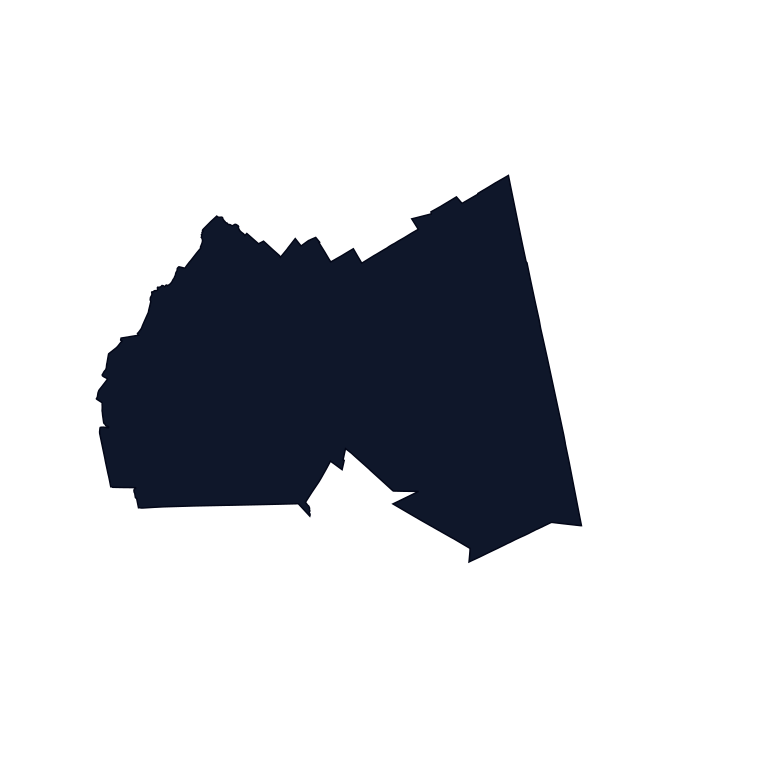 Thoi Lai, Hau Giang, Vietnam (orthographic projection), rotated 215°
{"feature_id": "81297802B52248438909521", "entity_name": "Thoi Lai", "entity_type": "district", "adm_level": 2, "iso_a3": "VNM", "parent_name": "Vietnam", "parent_adm1": "Hau Giang", "projection": "orthographic", "projection_center": [105.583, 10.024], "detail": "fine", "context": "isolated", "style": "filled", "palette": "ink", "viewbox_px": 768, "rotation_deg": 215, "n_neighbors": 0, "source": "geoboundaries", "source_scale": "gbopen_adm2", "svg_char_len": 6111}
<svg xmlns="http://www.w3.org/2000/svg" viewBox="0 0 768 768"><g transform="rotate(215 384 384)"><path d="M524.0,464.9L526.5,460.9L527.5,459.1L528.1,458.2L531.1,449.5L540.1,452.2L540.6,442.2L540.7,440.7L540.7,438.5L541.0,434.9L541.5,428.3L543.2,429.2L551.8,430.2L561.5,431.5L564.6,431.9L567.2,426.9L582.7,428.6L582.9,427.3L583.1,425.8L583.6,426.0L584.5,426.3L585.4,426.5L586.6,426.5L587.3,426.5L588.2,426.6L589.0,426.7L589.6,426.8L590.4,427.1L591.4,427.5L592.8,428.4L593.4,428.9L593.4,429.0L593.3,429.4L593.5,429.5L593.9,429.7L594.2,429.8L594.4,430.0L594.5,430.0L594.7,429.9L594.9,429.8L595.1,429.8L595.4,429.9L596.0,429.9L596.7,429.8L597.1,429.7L597.4,429.4L597.8,429.1L598.1,428.5L598.6,427.2L598.9,426.8L599.3,426.6L600.0,426.4L600.7,426.3L601.2,426.3L601.6,426.2L602.0,426.0L602.7,425.6L602.9,425.5L603.1,425.4L603.6,425.4L604.6,425.7L605.1,425.8L605.3,425.7L605.7,425.5L606.0,425.4L606.3,425.4L606.6,425.5L607.3,425.8L607.6,425.9L607.9,425.9L608.1,425.7L608.6,426.0L608.9,426.2L609.3,426.3L609.9,426.4L610.5,426.7L611.4,427.5L611.9,427.7L612.2,427.7L612.8,427.5L613.3,427.1L614.1,426.4L614.5,426.1L615.3,425.7L615.9,425.5L616.4,425.5L617.3,425.6L619.0,417.9L620.8,407.5L620.9,406.2L620.8,405.7L620.5,405.5L620.1,405.4L619.7,405.4L619.7,404.9L620.0,404.4L620.1,403.9L619.8,403.5L619.2,403.1L619.0,402.9L619.1,402.4L619.2,401.9L619.2,401.5L618.4,401.0L618.0,400.5L617.9,400.1L617.9,399.4L617.3,399.2L616.6,398.9L615.8,398.3L615.0,397.5L614.4,396.4L613.8,394.8L613.1,391.8L612.9,390.9L612.5,390.5L612.0,390.2L612.3,387.8L612.6,383.9L613.1,373.9L613.3,372.4L613.5,367.6L613.5,365.2L613.7,364.7L614.1,364.4L617.0,363.3L619.2,362.4L619.4,361.9L619.6,360.6L619.5,359.8L619.0,359.1L618.7,358.4L618.4,357.6L618.4,356.2L617.9,354.7L617.3,353.5L617.0,351.7L616.6,350.0L616.7,349.0L616.6,347.9L616.3,346.1L616.4,344.2L616.5,343.4L616.7,342.9L616.9,342.2L616.9,341.8L617.4,341.3L617.6,340.7L617.7,340.4L618.2,340.4L618.8,340.4L619.2,340.0L619.4,339.3L619.3,338.5L619.4,338.0L619.6,337.8L620.1,337.8L621.1,337.9L621.7,337.6L622.3,337.4L622.4,337.1L622.5,336.2L622.6,335.6L623.0,335.0L624.0,334.0L624.5,333.7L624.9,333.5L624.9,333.2L624.8,332.8L624.4,332.4L623.8,331.8L623.5,331.6L623.5,331.0L623.6,330.5L624.1,329.8L624.8,329.4L625.4,328.9L625.7,328.4L625.9,327.4L626.1,326.9L626.5,326.7L626.9,326.4L627.0,326.2L626.9,325.9L626.7,325.6L626.1,325.1L625.7,324.6L625.3,323.8L625.1,323.3L625.1,322.8L625.1,322.4L624.9,321.7L625.0,321.4L624.9,320.9L624.7,320.5L623.9,319.0L623.4,318.5L622.9,318.3L622.3,317.8L621.9,316.8L620.7,313.8L619.0,309.4L618.5,308.4L618.1,307.5L616.4,298.6L615.3,293.2L614.6,290.5L614.6,289.8L614.6,287.9L614.6,287.2L614.7,286.4L614.6,285.6L614.6,285.1L614.9,284.5L615.0,284.2L614.9,283.9L613.0,283.2L625.7,270.8L625.6,270.6L625.1,269.2L624.9,268.9L624.6,268.8L624.1,268.9L623.6,269.0L623.2,268.9L623.1,268.5L623.2,268.1L623.5,267.1L623.5,266.7L623.5,266.4L623.7,262.5L623.9,261.0L624.1,260.0L624.7,258.0L626.8,251.1L626.8,250.6L626.5,249.9L624.4,245.4L623.2,242.9L622.4,241.0L621.3,239.0L620.8,238.3L620.7,238.0L620.7,237.5L620.4,237.1L620.2,236.4L620.2,235.8L620.4,234.4L620.4,232.8L620.2,231.8L620.1,231.2L620.2,230.2L619.9,229.7L619.5,229.3L619.1,229.2L618.3,229.2L617.5,229.2L614.0,229.7L613.6,229.6L613.4,229.2L613.3,227.9L613.7,219.0L613.9,215.9L613.8,214.9L613.2,212.7L612.5,211.3L611.6,209.5L611.3,208.7L611.2,207.7L611.1,206.9L610.8,206.8L609.8,206.8L604.8,207.0L604.1,206.9L603.8,206.6L603.5,206.1L603.1,205.5L602.0,204.1L600.9,202.5L600.2,201.4L599.5,200.3L598.5,199.3L596.3,196.7L595.8,196.2L594.1,194.4L591.5,191.6L590.7,191.1L590.0,191.0L589.4,191.1L588.9,190.8L588.4,190.5L587.8,190.3L587.2,190.4L585.9,190.9L585.4,191.0L584.8,190.8L584.6,190.4L584.7,190.0L585.4,189.5L587.0,188.8L589.1,187.7L590.8,186.4L591.5,185.7L591.4,185.1L590.8,184.0L589.6,181.8L588.6,180.5L576.6,169.2L570.0,163.0L568.3,161.3L566.5,159.6L562.2,155.6L558.9,152.5L557.9,151.6L556.3,150.2L552.7,146.8L549.3,143.5L548.8,143.1L548.1,143.7L547.2,143.7L546.8,143.9L539.5,148.8L528.1,156.6L527.7,156.1L528.2,154.5L527.9,153.6L527.5,153.0L526.6,152.1L525.2,151.3L525.0,151.0L523.1,149.0L522.5,148.4L522.1,148.3L521.4,148.3L520.9,148.3L514.1,141.8L513.1,142.6L511.9,143.1L510.7,143.9L500.9,151.7L494.2,156.9L470.2,174.8L443.1,194.6L441.0,196.1L413.0,216.6L386.9,235.8L385.5,236.8L369.0,233.2L369.2,233.8L369.4,234.3L369.9,234.9L370.2,235.2L371.0,235.5L371.4,235.7L371.6,236.1L371.8,236.6L371.8,237.1L372.0,237.6L372.5,237.9L372.9,238.2L373.2,238.8L373.5,239.2L374.0,239.8L374.9,240.4L375.9,240.9L376.4,240.9L376.8,240.9L377.5,241.1L380.5,242.1L381.0,253.9L381.0,254.5L381.2,266.5L381.5,270.6L382.5,280.8L383.6,290.1L373.4,289.9L369.2,289.8L372.8,298.6L374.0,298.3L378.5,309.0L371.5,308.7L365.9,308.0L347.2,305.8L346.8,305.7L346.2,305.6L345.5,305.5L344.0,305.3L332.0,303.8L315.8,301.7L315.0,301.7L306.0,307.7L294.0,315.9L299.9,305.2L307.9,290.9L276.5,293.5L240.7,296.9L238.4,297.2L229.5,297.9L219.2,298.7L217.7,296.4L216.4,294.2L215.2,292.1L213.3,288.8L212.3,287.0L211.0,289.3L207.8,294.8L206.7,296.7L204.7,300.3L202.5,304.3L200.2,308.4L198.9,310.7L196.4,315.1L195.1,317.5L192.6,322.0L191.4,324.3L190.0,326.6L188.5,329.4L187.3,331.7L184.4,336.7L183.1,338.9L182.4,340.0L179.8,344.6L179.1,346.0L175.8,352.2L175.0,353.4L167.7,366.4L167.0,367.0L157.7,372.0L141.4,380.9L141.0,381.2L141.1,381.3L148.6,388.5L164.1,403.5L187.7,426.3L201.0,438.8L202.1,440.0L207.3,445.1L225.0,461.6L242.1,477.5L264.5,498.3L280.1,512.6L287.8,519.6L293.7,525.5L306.9,537.6L324.7,554.2L336.4,565.3L337.5,565.6L338.1,566.0L351.4,578.4L366.3,592.5L380.6,606.1L394.2,619.0L401.7,626.2L404.3,620.6L407.9,613.1L409.7,608.9L411.4,605.0L414.5,598.2L416.4,593.9L415.9,593.4L419.3,586.1L423.7,576.7L432.0,578.8L439.7,561.4L443.1,554.4L444.3,552.0L442.8,550.5L453.1,538.5L456.0,535.2L444.6,530.4L447.8,523.6L451.3,515.5L454.3,509.2L456.1,505.0L457.2,502.9L458.6,499.8L459.8,496.5L460.6,494.9L462.8,490.0L464.9,485.3L465.7,483.7L471.5,470.2L478.8,473.5L486.7,477.2L489.9,470.1L492.4,464.4L495.2,458.6L495.4,458.1L497.6,453.5L500.2,454.5L508.6,458.3L516.8,461.8L518.2,462.4L518.0,463.2L524.0,464.9Z" fill="#0f172a" stroke="#020617" stroke-width="1.5"/></g></svg>